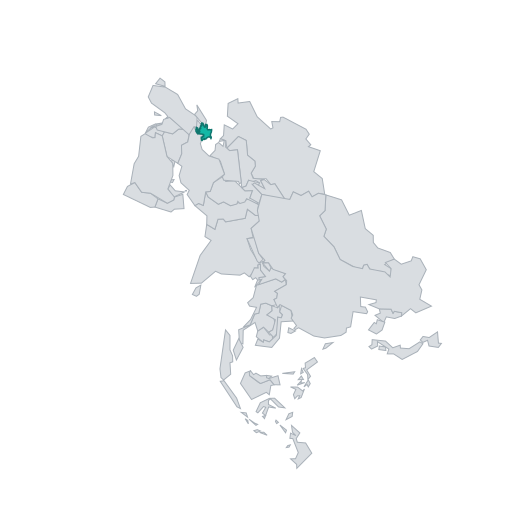 Azerbaijan highlighted on a map of Asia, rotated 45°
{"feature_id": "AZE", "entity_name": "Azerbaijan", "entity_type": "country or territory", "adm_level": 0, "iso_a3": "AZE", "parent_name": "Asia", "parent_adm1": "", "projection": "mercator", "projection_center": [46.85, 40.145], "detail": "fine", "context": "in_parent", "style": "filled", "palette": "teal", "viewbox_px": 512, "rotation_deg": 45, "n_neighbors": 45, "source": "natural_earth", "source_scale": "50m", "svg_char_len": 15575}
<svg xmlns="http://www.w3.org/2000/svg" viewBox="0 0 512 512"><g transform="rotate(45 256 256)"><path d="M261.0,163.8L255.8,167.5L253.8,174.5L247.4,173.0L245.1,181.4L237.0,184.3L239.9,192.1L237.9,195.8L218.3,191.6L216.0,195.1L208.5,194.2L200.2,203.0L194.0,200.9L192.0,192.9L188.1,189.7L178.8,190.7L167.4,181.2L159.1,183.9L159.2,200.3L153.1,195.9L147.9,198.2L147.9,193.8L140.8,185.7L149.7,182.7L149.7,175.2L136.9,177.4L128.4,167.8L131.9,157.6L135.2,160.5L142.3,151.2L158.4,156.7L176.6,155.8L177.4,153.4L172.1,149.8L177.8,144.3L175.4,140.6L176.9,138.7L201.7,131.0L207.5,132.2L208.5,138.0L216.1,138.6L215.8,141.6L227.0,136.1L237.2,155.5L248.1,154.4L261.0,163.8Z" fill="#d9dde1" stroke="#a8b0b8" stroke-width="1"/><path d="M159.2,200.3L159.1,183.9L167.4,181.2L178.8,190.7L188.1,189.7L192.0,192.9L194.0,200.9L199.0,203.1L207.8,196.1L206.0,199.4L214.6,202.2L210.4,205.3L206.6,205.0L206.8,201.8L202.5,202.8L199.9,207.9L197.2,207.7L199.5,213.6L197.6,217.7L167.8,194.0L162.8,200.2L159.2,200.3Z" fill="#d9dde1" stroke="#a8b0b8" stroke-width="1"/><path d="M434.9,356.0L435.0,377.3L432.1,374.6L423.9,375.0L427.3,371.4L424.9,365.1L411.1,359.1L408.9,361.0L405.7,356.8L411.2,354.8L406.4,354.8L400.9,350.7L412.1,350.1L413.5,356.6L416.9,358.5L423.3,353.1L434.9,356.0ZM382.9,376.6L381.2,380.7L378.0,381.0L379.7,377.9L382.9,376.6ZM412.9,370.0L412.5,367.6L413.8,365.3L414.5,367.8L412.9,370.0ZM359.9,334.2L358.1,337.1L363.5,344.7L359.7,345.1L354.3,360.6L335.1,357.1L331.0,346.3L333.3,341.1L336.0,345.1L346.7,343.7L349.3,343.0L353.4,333.6L359.9,334.2ZM392.4,358.6L400.7,357.6L401.9,360.1L392.4,358.6ZM389.1,359.9L386.8,359.3L386.2,357.9L389.5,357.8L389.1,359.9ZM392.5,340.6L395.0,343.9L393.0,350.5L390.8,344.3L392.5,340.6ZM369.7,343.4L383.8,343.0L378.7,346.8L367.4,346.8L366.9,349.3L369.8,352.2L377.6,349.6L371.7,353.8L377.0,365.0L374.0,364.8L375.6,362.1L371.6,362.5L369.9,356.1L367.8,357.1L368.2,365.6L366.1,366.0L362.8,356.7L366.2,347.1L369.7,343.4ZM369.3,380.1L363.4,378.7L366.5,378.1L369.3,380.1ZM366.5,376.3L373.3,375.1L376.2,373.9L375.7,375.8L366.5,376.3ZM360.0,373.9L364.0,375.9L356.2,377.0L360.0,373.9ZM321.6,366.8L342.8,370.2L352.9,374.9L349.2,376.1L319.3,369.9L321.6,366.8ZM313.1,349.9L321.7,357.5L320.8,366.6L317.2,366.7L310.3,361.3L286.7,329.8L293.8,330.6L304.0,340.8L310.0,343.1L314.4,347.3L313.1,349.9Z" fill="#d9dde1" stroke="#a8b0b8" stroke-width="1"/><path d="M383.3,378.2L386.1,375.1L390.6,374.9L383.3,378.2Z" fill="#d9dde1" stroke="#a8b0b8" stroke-width="1"/><path d="M93.9,233.1L91.1,238.5L90.9,247.4L88.8,241.0L91.5,233.8L93.9,233.1Z" fill="#d9dde1" stroke="#a8b0b8" stroke-width="1"/><path d="M96.4,229.5L91.6,233.8L95.9,227.9L96.4,229.5Z" fill="#d9dde1" stroke="#a8b0b8" stroke-width="1"/><path d="M93.0,236.5L91.0,240.5L91.8,236.0L93.0,236.5Z" fill="#d9dde1" stroke="#a8b0b8" stroke-width="1"/><path d="M93.0,236.5L103.5,232.7L104.8,237.4L97.7,239.9L100.9,243.7L94.7,248.6L90.9,247.4L93.0,236.5Z" fill="#d9dde1" stroke="#a8b0b8" stroke-width="1"/><path d="M145.0,266.5L152.8,267.0L160.1,261.3L156.1,272.7L146.3,271.0L145.0,266.5Z" fill="#d9dde1" stroke="#a8b0b8" stroke-width="1"/><path d="M142.5,264.7L142.2,262.1L144.0,259.9L145.0,263.1L142.5,264.7Z" fill="#d9dde1" stroke="#a8b0b8" stroke-width="1"/><path d="M131.1,245.4L134.7,251.0L128.7,248.9L131.1,245.4Z" fill="#d9dde1" stroke="#a8b0b8" stroke-width="1"/><path d="M104.8,237.4L103.5,232.7L110.7,228.6L111.6,220.9L116.4,216.8L122.9,217.6L127.1,223.6L125.0,230.4L131.2,236.2L135.2,245.8L122.7,248.6L104.8,237.4Z" fill="#d9dde1" stroke="#a8b0b8" stroke-width="1"/><path d="M156.7,272.0L160.6,264.1L171.6,273.4L165.2,280.6L164.8,285.0L149.9,292.9L146.3,284.9L156.0,281.4L158.2,274.5L156.7,272.0ZM160.9,259.1L159.5,260.1L160.5,258.8L160.9,259.1Z" fill="#d9dde1" stroke="#a8b0b8" stroke-width="1"/><path d="M310.3,307.8L311.6,301.0L321.5,302.2L323.0,299.9L326.6,303.3L326.2,307.3L320.8,309.9L322.2,311.9L313.3,312.9L310.3,307.8Z" fill="#d9dde1" stroke="#a8b0b8" stroke-width="1"/><path d="M318.9,300.9L311.6,301.0L310.3,307.8L302.3,303.7L299.4,317.5L308.9,327.4L305.7,329.1L295.9,320.4L300.6,308.8L296.1,298.0L298.4,294.5L293.4,286.7L296.3,282.4L302.3,280.0L306.1,283.3L305.4,289.9L312.3,287.2L317.2,290.2L320.1,296.5L318.9,300.9Z" fill="#d9dde1" stroke="#a8b0b8" stroke-width="1"/><path d="M325.9,301.1L318.9,300.9L320.1,296.5L314.8,287.4L305.4,289.9L306.1,283.3L302.3,280.0L307.8,277.3L307.3,273.4L312.3,278.8L316.3,278.8L317.6,281.8L314.6,283.9L325.7,295.4L325.9,301.1Z" fill="#d9dde1" stroke="#a8b0b8" stroke-width="1"/><path d="M302.3,280.0L296.3,282.4L293.4,286.7L298.4,294.5L296.1,298.0L300.6,308.8L297.3,315.2L297.1,304.7L292.7,291.9L286.9,296.0L283.1,294.9L283.5,287.5L277.0,276.3L286.1,258.2L292.6,256.3L293.3,252.0L297.7,254.8L294.2,267.8L297.6,267.2L300.4,271.1L299.5,274.1L305.7,275.0L302.3,280.0Z" fill="#d9dde1" stroke="#a8b0b8" stroke-width="1"/><path d="M316.0,313.4L322.2,311.9L320.8,309.9L326.2,307.3L326.5,297.7L314.6,283.9L317.6,281.8L316.3,278.8L312.3,278.8L309.0,272.8L319.2,269.7L328.0,276.0L320.3,284.7L330.7,297.5L331.8,309.5L318.7,319.6L316.0,313.4Z" fill="#d9dde1" stroke="#a8b0b8" stroke-width="1"/><path d="M401.3,195.6L398.3,202.1L391.2,206.9L393.4,212.7L382.1,213.8L384.3,208.5L380.6,206.2L383.3,203.5L389.1,198.1L393.4,199.6L392.9,197.3L399.2,193.0L401.3,195.6Z" fill="#d9dde1" stroke="#a8b0b8" stroke-width="1"/><path d="M386.8,215.3L393.9,211.7L397.5,219.2L396.3,226.0L387.8,228.7L386.6,219.4L389.0,218.8L386.8,215.3Z" fill="#d9dde1" stroke="#a8b0b8" stroke-width="1"/><path d="M262.2,163.4L276.8,155.8L293.1,161.2L298.3,149.3L313.9,159.4L324.3,158.5L329.4,163.5L336.5,164.2L348.5,158.6L356.0,160.4L353.0,171.1L360.5,169.4L366.0,174.3L345.6,184.8L340.4,183.4L338.7,186.4L340.3,189.6L335.7,193.5L318.0,199.0L304.7,194.4L290.1,194.1L286.7,187.3L272.6,182.6L272.7,175.1L262.2,163.4Z" fill="#d9dde1" stroke="#a8b0b8" stroke-width="1"/><path d="M293.3,252.0L292.6,256.3L286.1,258.2L278.2,274.3L276.5,268.7L275.1,271.0L273.3,269.2L277.2,263.9L269.3,262.9L264.9,258.7L263.7,261.1L266.1,263.0L263.3,265.6L265.3,266.6L265.9,275.5L259.7,276.2L258.2,280.9L244.2,293.2L238.2,295.4L236.6,313.8L229.1,321.7L216.1,295.1L213.2,276.7L206.2,278.4L198.8,268.5L208.1,266.2L203.1,256.9L206.7,253.0L210.4,253.3L221.7,237.0L216.8,229.0L227.0,227.7L230.1,224.4L233.6,229.0L233.0,239.9L240.7,244.9L237.4,250.1L247.8,255.3L263.2,258.8L265.4,252.7L265.7,256.3L268.7,257.7L276.1,257.2L275.0,253.8L289.4,247.6L289.8,251.5L293.3,252.0Z" fill="#d9dde1" stroke="#a8b0b8" stroke-width="1"/><path d="M276.5,268.7L277.2,279.1L274.1,271.8L271.1,271.6L270.4,275.0L266.4,274.3L263.3,265.6L266.1,263.0L263.7,261.1L264.9,258.7L269.3,262.9L277.2,263.9L273.3,269.2L275.1,271.0L276.5,268.7Z" fill="#d9dde1" stroke="#a8b0b8" stroke-width="1"/><path d="M275.0,253.8L276.1,257.2L265.7,256.3L269.6,251.9L275.0,253.8Z" fill="#d9dde1" stroke="#a8b0b8" stroke-width="1"/><path d="M263.4,253.4L263.2,258.8L260.5,258.8L237.4,250.1L242.0,244.0L256.0,252.2L263.4,253.4Z" fill="#d9dde1" stroke="#a8b0b8" stroke-width="1"/><path d="M230.1,224.4L227.0,227.7L216.8,229.0L221.7,237.0L210.4,253.3L206.7,253.0L203.1,256.9L208.1,266.2L198.8,268.5L192.9,262.3L177.1,263.6L178.3,259.4L183.0,257.5L175.1,246.2L180.5,248.1L192.8,246.0L194.8,240.7L202.5,238.4L210.7,220.3L221.4,217.8L224.8,222.8L230.1,224.4Z" fill="#d9dde1" stroke="#a8b0b8" stroke-width="1"/><path d="M187.6,217.9L202.1,217.7L207.3,212.2L210.7,219.4L215.2,216.3L221.4,217.8L208.8,222.1L209.9,225.7L207.5,230.3L204.5,230.2L205.7,232.8L202.5,238.4L194.8,240.7L192.8,246.0L180.5,248.1L175.1,246.2L178.0,242.8L174.0,234.2L176.2,223.8L181.9,224.7L187.6,217.9Z" fill="#d9dde1" stroke="#a8b0b8" stroke-width="1"/><path d="M197.6,217.7L199.5,213.6L197.2,207.7L206.8,201.8L208.0,204.9L202.9,207.9L216.6,208.3L220.8,216.6L210.7,219.4L207.3,212.2L202.1,217.7L197.6,217.7Z" fill="#d9dde1" stroke="#a8b0b8" stroke-width="1"/><path d="M207.8,196.1L216.0,195.1L218.3,191.6L237.9,195.8L216.6,208.3L202.9,207.9L203.2,205.5L214.6,202.2L206.0,199.4L207.8,196.1Z" fill="#d9dde1" stroke="#a8b0b8" stroke-width="1"/><path d="M147.9,198.2L153.1,195.9L157.5,200.5L162.8,200.2L167.8,194.0L193.5,214.3L193.4,216.8L190.9,215.6L179.5,225.3L176.2,223.8L175.9,220.4L163.6,214.1L152.5,217.5L152.4,210.3L148.6,205.7L149.3,202.2L155.2,201.8L151.9,196.8L149.0,201.0L147.9,198.2Z" fill="#d9dde1" stroke="#a8b0b8" stroke-width="1"/><path d="M135.2,245.8L131.2,236.2L125.0,230.4L127.1,223.6L121.1,214.4L120.7,208.3L127.3,211.2L133.5,207.7L137.2,215.9L142.6,218.8L152.2,218.5L161.3,213.7L175.9,220.4L174.0,234.2L178.0,242.8L175.1,246.2L183.0,257.5L178.3,259.4L177.1,263.6L163.8,261.2L162.4,256.8L151.2,257.3L144.8,253.5L140.2,245.0L135.2,245.8Z" fill="#d9dde1" stroke="#a8b0b8" stroke-width="1"/><path d="M93.5,235.3L96.4,229.5L94.1,224.7L96.8,219.1L115.0,217.4L111.6,220.9L110.7,228.6L97.1,236.8L93.5,235.3Z" fill="#d9dde1" stroke="#a8b0b8" stroke-width="1"/><path d="M128.5,211.0L119.3,204.8L119.0,201.2L125.4,202.4L128.5,211.0Z" fill="#d9dde1" stroke="#a8b0b8" stroke-width="1"/><path d="M122.9,217.6L96.8,219.1L94.9,223.1L95.0,219.7L90.3,219.2L74.0,221.8L67.3,219.7L62.6,208.2L72.5,200.7L86.4,197.2L102.1,201.8L115.9,199.1L123.0,207.1L120.7,208.3L122.9,217.6ZM62.4,198.1L68.5,197.3L71.7,200.3L63.2,205.2L62.4,198.1Z" fill="#d9dde1" stroke="#a8b0b8" stroke-width="1"/><path d="M242.9,323.2L242.4,326.6L238.2,328.2L236.1,320.9L237.6,315.6L242.9,323.2Z" fill="#d9dde1" stroke="#a8b0b8" stroke-width="1"/><path d="M332.7,287.6L329.9,283.6L336.9,281.1L335.5,286.0L332.7,287.6ZM216.6,208.3L239.9,192.1L237.0,184.3L245.1,181.4L247.4,173.0L253.8,174.5L255.8,167.5L262.2,163.4L272.7,175.1L272.6,182.6L286.7,187.3L290.1,194.1L304.7,194.4L318.0,199.0L331.9,195.0L340.3,189.6L338.7,186.4L340.4,183.4L345.6,184.8L358.4,176.1L365.7,176.0L360.5,169.4L352.1,169.1L356.0,160.4L364.5,159.1L369.2,149.7L367.4,145.6L374.1,141.9L386.1,145.3L391.6,161.1L397.3,162.7L402.4,170.8L415.5,167.4L409.2,183.2L402.5,184.0L401.3,195.6L399.2,193.0L392.9,197.3L393.4,199.6L389.1,198.1L380.6,206.2L370.2,210.5L373.8,204.1L372.1,201.9L358.8,211.2L365.8,217.7L369.5,214.8L374.4,216.5L375.0,218.6L364.0,226.7L373.0,239.2L370.9,243.0L373.6,246.2L372.2,252.2L362.4,265.5L353.5,271.7L336.9,276.6L335.8,280.2L334.0,280.4L333.9,276.6L324.8,275.1L323.7,271.7L319.2,269.7L307.3,273.4L307.8,277.3L299.5,274.1L300.4,271.1L297.6,267.2L294.2,267.8L297.7,254.8L295.2,251.8L289.8,251.5L289.4,247.6L277.6,253.4L269.6,251.9L265.7,255.6L265.4,252.7L256.0,252.2L233.0,239.9L233.6,229.0L224.8,222.8L216.6,208.3Z" fill="#d9dde1" stroke="#a8b0b8" stroke-width="1"/><path d="M371.6,262.8L370.6,271.7L369.2,274.6L367.1,269.0L371.6,262.8Z" fill="#d9dde1" stroke="#a8b0b8" stroke-width="1"/><path d="M107.3,191.0L125.1,195.1L128.9,200.8L112.4,199.3L112.1,194.5L107.3,191.0Z" fill="#d9dde1" stroke="#a8b0b8" stroke-width="1"/><path d="M370.9,307.7L367.8,303.5L371.7,304.9L370.9,307.7ZM376.5,318.2L376.3,312.1L377.6,314.1L380.0,311.0L376.5,318.2ZM384.3,315.8L388.0,324.2L386.9,327.2L385.7,323.9L384.2,325.6L384.3,329.5L380.5,327.6L378.5,322.1L373.0,324.2L378.1,319.3L384.5,318.4L384.3,315.8ZM365.8,313.2L357.6,320.4L365.2,310.5L365.8,313.2ZM374.4,287.5L372.4,300.7L379.6,302.5L380.0,306.6L376.3,303.3L368.8,302.2L370.0,300.0L366.5,297.0L369.1,286.5L374.4,287.5ZM373.3,313.6L372.9,308.8L376.9,309.8L373.3,313.6ZM384.6,307.9L385.5,311.6L383.0,310.7L382.4,314.6L380.6,306.6L384.6,307.9Z" fill="#d9dde1" stroke="#a8b0b8" stroke-width="1"/><path d="M302.2,326.6L311.5,329.7L315.7,343.4L306.5,338.7L302.2,326.6ZM359.9,334.2L353.4,333.6L349.3,343.0L336.0,345.1L333.8,343.3L333.3,341.1L338.2,341.6L338.8,338.9L344.1,337.5L348.0,332.9L351.7,333.6L356.2,325.1L364.1,330.1L359.9,334.2Z" fill="#d9dde1" stroke="#a8b0b8" stroke-width="1"/><path d="M352.0,329.9L351.7,333.6L349.5,334.6L348.0,332.9L352.0,329.9Z" fill="#d9dde1" stroke="#a8b0b8" stroke-width="1"/><path d="M437.7,209.3L432.5,225.8L422.6,227.9L418.0,232.4L415.7,227.9L402.4,230.7L405.7,233.6L403.5,240.1L399.9,240.2L400.7,236.8L397.3,233.0L407.7,224.6L417.6,224.2L421.0,217.1L423.2,219.0L429.8,213.3L432.6,200.8L436.1,200.0L437.7,209.3ZM446.6,188.6L448.9,186.7L449.6,191.7L442.0,197.3L436.9,194.3L435.1,199.1L431.5,199.2L431.0,194.8L436.1,191.2L438.0,181.3L446.6,188.6ZM406.9,232.4L411.9,228.8L414.7,231.0L409.0,235.3L406.9,232.4Z" fill="#d9dde1" stroke="#a8b0b8" stroke-width="1"/><path d="M146.3,284.9L149.9,292.9L146.9,296.4L118.7,306.3L115.9,297.7L118.4,289.7L130.1,291.8L137.0,286.2L146.3,284.9Z" fill="#d9dde1" stroke="#a8b0b8" stroke-width="1"/><path d="M91.1,248.0L99.3,245.6L100.9,243.7L97.7,239.9L104.8,237.4L122.7,248.6L131.6,249.3L140.3,257.8L146.3,271.0L156.7,272.0L158.2,274.5L156.0,281.4L137.0,286.2L130.1,291.8L118.4,289.7L116.4,293.9L104.6,276.9L102.5,268.5L90.0,252.8L91.1,248.0Z" fill="#d9dde1" stroke="#a8b0b8" stroke-width="1"/><path d="M89.8,223.7L84.6,228.0L82.3,225.9L89.8,223.7Z" fill="#d9dde1" stroke="#a8b0b8" stroke-width="1"/><path d="M136.2,212.4L135.4,212.6L134.7,211.8L134.6,211.7L134.3,211.7L134.2,211.6L134.1,211.4L134.0,211.2L133.4,210.8L133.3,210.7L133.5,210.4L133.8,210.3L134.1,210.2L134.3,210.0L134.3,209.8L134.2,209.7L133.8,209.4L133.7,209.2L133.7,208.9L133.8,208.8L134.2,208.6L134.4,208.4L134.3,208.2L133.8,207.7L133.3,207.2L133.0,207.2L132.6,207.4L132.0,207.8L131.6,208.0L131.2,208.3L130.7,208.7L130.3,209.0L130.1,209.3L129.6,209.5L129.4,209.7L128.7,210.5L128.4,210.1L128.5,209.8L128.4,209.6L128.2,209.4L128.2,209.2L128.4,209.3L128.6,209.3L128.8,209.2L128.5,208.8L128.3,208.6L128.1,208.5L128.0,208.4L128.4,208.1L128.4,207.9L127.9,207.5L127.5,207.6L127.2,207.3L126.9,207.1L126.7,206.8L126.4,206.7L126.2,206.4L125.8,206.1L125.5,206.0L125.5,205.9L126.4,205.8L126.5,205.8L126.5,205.6L126.6,205.4L126.8,205.2L126.7,204.9L126.0,204.5L125.5,204.1L125.1,203.6L124.8,203.2L124.9,202.9L125.5,202.5L125.5,202.4L125.3,202.1L125.1,201.9L125.0,201.7L124.8,201.6L124.5,201.6L124.0,201.3L123.8,201.3L123.8,201.2L124.2,201.1L124.1,200.9L123.9,200.8L123.7,200.6L123.6,200.4L124.3,199.8L124.5,199.7L125.0,199.8L125.9,200.2L125.9,200.4L126.0,200.5L126.6,200.8L127.0,200.9L127.4,200.8L127.8,201.0L128.1,201.2L128.3,201.3L128.6,201.2L128.9,200.9L129.0,200.6L129.0,200.4L128.9,200.1L128.5,199.9L128.1,199.6L127.9,199.4L127.7,199.0L127.5,198.9L127.5,198.6L127.5,198.4L127.8,198.4L128.0,198.2L128.2,197.9L128.3,197.8L128.6,197.9L128.7,198.1L128.9,198.1L129.1,198.0L129.3,198.1L129.5,198.4L129.9,198.7L130.1,198.9L130.1,199.1L130.3,199.2L130.6,199.4L130.8,199.7L131.0,200.3L131.8,200.6L132.0,200.7L132.7,200.8L132.9,200.7L133.2,200.2L133.5,199.6L133.8,199.5L134.3,199.3L134.6,199.0L134.7,198.8L135.0,198.3L135.2,198.0L135.5,198.2L136.0,198.9L136.8,200.0L136.9,200.3L137.1,200.7L137.2,201.1L137.3,201.5L138.1,202.5L138.4,202.8L138.9,203.3L139.1,203.4L139.4,203.4L139.8,203.4L140.2,203.6L140.4,203.7L140.6,203.9L140.8,204.1L141.0,204.7L140.3,204.5L139.6,204.5L139.2,204.7L138.8,204.8L138.4,205.1L138.1,205.5L137.9,206.6L137.6,207.5L137.7,208.0L137.8,208.4L137.8,208.6L137.6,208.7L137.5,208.9L137.2,209.8L137.1,210.0L136.9,210.0L136.9,209.7L136.6,209.5L136.5,209.8L136.3,210.3L136.1,210.8L136.2,212.4ZM125.4,203.3L125.4,203.1L125.2,203.1L125.2,203.3L125.3,203.3L125.4,203.3ZM123.0,207.4L122.9,207.2L123.2,207.1L123.7,206.9L123.9,207.0L124.0,207.2L124.1,207.3L124.1,207.7L124.4,207.6L124.6,207.7L124.8,207.9L125.1,208.0L125.6,207.8L125.8,207.7L126.1,207.7L126.2,207.8L126.2,208.0L126.2,208.3L126.1,208.5L126.6,208.9L126.8,209.1L126.7,209.3L127.0,210.0L127.1,210.3L127.2,210.6L126.6,210.5L125.5,210.2L125.2,210.1L124.9,209.7L124.7,209.5L124.5,209.3L124.2,209.2L124.0,208.8L123.9,208.6L123.6,208.3L123.1,207.5L123.0,207.4ZM123.7,201.5L123.5,201.4L123.7,201.5Z" fill="#14b8a6" stroke="#0f766e" stroke-width="1.5"/></g></svg>